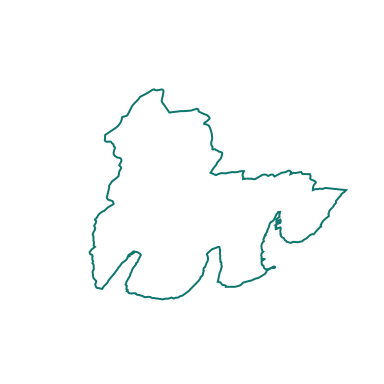 outline of Fjallabyggð, Norðurland eystra, Iceland, rotated 148°
{"feature_id": "244011B2207988314752", "entity_name": "Fjallabyggð", "entity_type": "district", "adm_level": 2, "iso_a3": "ISL", "parent_name": "Iceland", "parent_adm1": "Norðurland eystra", "projection": "robinson", "projection_center": [-18.797, 66.047], "detail": "fine", "context": "isolated", "style": "outline", "palette": "teal", "viewbox_px": 384, "rotation_deg": 148, "n_neighbors": 0, "source": "geoboundaries", "source_scale": "gbopen_adm2", "svg_char_len": 6062}
<svg xmlns="http://www.w3.org/2000/svg" viewBox="0 0 384 384"><g transform="rotate(148 192 192)"><path d="M169.6,299.1L171.3,299.6L176.9,299.5L185.6,300.2L188.8,298.9L194.4,297.6L196.9,296.8L206.3,291.2L211.7,292.5L213.2,290.7L215.0,289.3L216.7,288.3L219.1,287.4L222.1,286.8L235.4,286.4L238.7,281.8L237.9,280.0L237.4,279.5L234.9,278.3L234.2,277.6L234.0,275.9L233.4,274.2L234.1,272.0L233.7,270.7L233.9,270.3L237.5,267.1L238.3,265.5L238.3,264.2L238.2,263.3L237.2,261.1L234.9,258.7L234.7,257.4L234.9,256.4L235.4,255.7L239.6,253.2L239.1,251.0L239.2,250.2L239.8,249.5L242.6,248.1L245.9,244.4L248.9,243.8L253.7,243.5L258.9,241.3L260.0,239.5L267.3,232.3L267.3,230.1L264.4,226.7L264.2,226.0L264.5,224.0L265.0,223.3L271.4,223.5L276.4,222.5L278.7,222.9L281.9,222.6L283.8,222.0L286.7,220.5L288.2,220.4L289.0,219.7L288.7,218.7L288.7,218.0L289.8,216.9L292.9,215.2L293.2,212.6L294.5,211.4L297.0,210.0L298.9,208.4L299.1,206.4L301.2,203.3L301.9,201.1L303.8,198.6L303.3,196.9L307.3,196.5L310.6,195.3L311.0,194.8L311.2,193.1L310.1,191.9L310.0,191.5L310.4,190.0L311.1,189.6L312.3,187.5L312.6,185.6L314.1,184.5L314.0,183.3L314.2,182.0L315.7,179.4L316.4,178.3L317.8,177.7L318.7,176.9L321.1,171.6L321.0,170.0L320.4,167.5L320.7,166.7L323.1,164.8L323.4,164.1L323.7,161.7L323.4,161.1L319.4,157.4L319.2,157.5L317.0,158.7L312.2,159.7L309.8,161.2L301.3,164.0L295.4,166.3L294.1,167.1L292.8,167.3L289.1,168.8L284.0,169.3L282.2,169.9L281.3,170.9L277.8,170.7L279.1,171.1L278.3,171.5L278.6,171.6L279.3,171.2L280.3,171.4L279.2,172.2L277.8,172.2L278.1,171.9L277.6,172.2L276.0,172.2L276.1,171.7L275.8,172.2L274.1,172.2L274.1,172.5L273.3,172.5L273.4,171.6L273.7,171.4L276.2,171.4L277.1,171.2L276.6,171.2L277.1,170.8L276.4,171.2L273.5,171.2L273.0,172.5L272.7,172.4L272.8,171.9L272.0,171.5L270.3,170.1L268.7,166.9L268.8,165.6L274.3,162.4L275.3,161.4L277.2,161.2L277.7,160.4L283.0,158.4L286.3,155.9L287.7,155.3L287.8,154.9L288.7,154.0L295.3,150.5L296.3,149.4L297.3,148.8L297.4,148.3L297.0,147.7L297.0,146.9L297.8,146.3L298.3,145.3L299.1,144.4L298.9,143.8L299.3,143.2L299.0,143.0L299.5,142.7L299.0,142.4L299.5,141.9L299.2,141.5L299.2,140.0L297.5,138.2L295.1,137.1L293.5,135.9L293.4,135.7L293.7,135.5L293.2,134.2L291.3,132.5L288.9,129.8L287.8,127.7L284.6,126.3L283.0,125.0L281.9,123.1L279.8,121.8L279.3,121.0L277.3,119.7L276.2,118.5L275.1,117.8L274.3,116.7L270.8,115.5L268.9,114.2L265.4,113.4L263.9,111.3L262.4,111.2L259.8,109.9L257.6,109.9L254.8,109.2L247.8,109.7L233.4,113.2L230.7,114.3L229.8,115.3L228.1,115.5L226.6,116.1L225.5,117.6L223.7,118.9L223.9,119.4L222.8,120.9L221.4,121.6L220.6,121.4L217.4,124.0L215.2,125.3L214.1,126.4L213.3,127.8L212.7,129.5L212.4,131.3L212.0,131.7L205.3,132.8L198.7,131.5L198.0,130.9L198.8,128.2L200.0,126.2L201.0,125.1L202.0,122.6L203.3,120.9L203.9,119.3L204.9,117.7L204.4,117.0L204.9,115.8L205.8,114.7L206.1,113.1L210.1,109.6L211.5,108.7L216.6,103.3L217.0,102.5L217.7,102.2L215.7,100.2L215.7,97.8L215.3,97.2L215.3,96.8L213.7,95.7L213.0,94.2L213.5,93.6L213.3,93.5L205.8,88.8L201.8,87.5L200.0,87.3L196.6,88.1L188.4,85.5L183.6,84.8L181.6,84.0L173.8,83.8L171.6,84.6L170.6,85.5L167.9,85.8L164.6,85.3L162.4,83.9L161.4,84.1L161.3,84.6L162.0,85.4L168.1,86.1L170.3,87.3L170.7,88.0L171.1,89.4L170.6,91.1L170.8,92.5L171.3,93.3L170.0,96.0L168.6,96.6L167.8,96.6L168.8,97.3L168.2,97.8L167.3,97.7L168.4,98.6L167.2,100.1L167.0,101.5L165.4,103.2L163.2,103.7L163.6,104.4L163.5,105.1L163.0,106.2L163.0,106.9L161.9,109.2L160.2,111.1L158.5,111.9L157.3,112.0L156.5,114.0L154.1,115.8L152.8,116.2L153.0,116.4L153.0,116.8L149.2,118.5L149.1,119.1L145.9,121.2L142.6,124.1L140.6,124.7L139.0,124.5L137.2,125.1L131.7,128.6L129.8,128.9L129.5,129.3L127.9,128.5L130.1,126.2L131.1,124.5L134.6,124.2L135.1,123.9L135.0,123.5L136.0,122.3L133.3,121.9L133.4,121.3L133.2,121.9L131.9,121.8L132.3,120.9L132.9,121.1L132.9,120.7L132.5,120.6L133.1,120.7L132.3,120.5L133.0,119.6L133.5,119.5L133.2,119.3L133.5,119.1L134.3,119.2L134.0,119.6L135.3,119.7L135.1,120.1L135.4,120.2L135.5,119.8L136.2,120.2L137.0,120.3L138.0,120.0L137.4,119.8L139.1,118.0L139.8,118.0L140.2,117.4L139.6,117.9L139.0,117.9L139.1,117.4L139.5,117.3L139.5,116.3L139.2,116.3L140.3,116.1L141.5,116.5L140.3,116.0L138.2,115.6L137.6,115.7L135.8,115.1L135.8,114.7L136.1,114.1L138.1,111.7L138.7,110.0L139.4,109.4L139.2,108.9L140.0,107.6L139.4,105.4L138.6,104.3L138.8,102.0L138.3,101.3L138.1,99.6L135.2,96.5L132.7,96.2L129.2,93.5L124.6,91.8L122.7,92.2L119.6,92.0L114.6,92.9L112.6,92.6L111.2,91.7L108.2,92.7L101.7,94.4L100.8,94.2L100.4,95.8L99.5,96.0L99.2,96.5L96.3,97.9L92.4,98.7L88.8,99.0L88.7,99.4L88.2,99.9L88.0,101.1L86.0,102.6L85.8,103.0L83.7,103.8L80.0,104.7L78.3,105.8L76.0,106.3L74.5,108.2L67.7,110.2L66.0,111.2L62.7,111.3L60.3,111.9L76.8,124.8L79.7,125.4L81.8,127.1L83.4,127.6L86.0,129.1L88.5,129.6L86.9,131.8L85.9,132.6L84.8,133.4L82.2,134.2L81.7,135.0L82.1,136.2L84.7,140.0L84.7,140.8L83.0,142.7L82.6,144.7L88.7,148.6L88.9,148.9L88.7,150.9L88.9,151.2L94.3,153.3L95.6,154.4L99.1,154.9L97.4,156.5L97.6,157.5L98.1,158.5L99.0,159.0L102.3,159.3L105.6,160.8L113.8,161.4L114.0,163.5L114.9,164.4L116.1,165.0L118.8,165.2L120.4,167.9L122.2,168.9L123.2,169.2L131.7,169.5L132.6,169.9L133.8,171.2L138.5,174.4L141.9,175.9L140.7,177.3L140.4,179.4L138.3,181.4L136.8,182.1L136.9,182.3L140.5,184.2L142.6,184.7L144.7,185.7L147.2,187.5L151.3,189.2L153.4,189.8L157.0,192.4L158.8,193.0L162.8,193.7L166.1,198.5L161.3,200.8L156.8,202.3L155.0,203.6L150.3,205.0L148.7,205.9L146.0,208.5L145.8,209.0L145.8,209.7L146.7,211.0L147.8,211.9L148.1,213.1L149.3,214.7L149.9,216.2L151.8,217.0L152.0,217.4L150.8,219.3L150.7,221.7L149.5,223.8L146.9,226.1L146.2,227.2L144.3,231.1L143.4,234.1L142.7,237.1L142.6,238.7L142.9,240.1L144.2,242.0L145.6,243.0L145.4,243.6L144.7,244.1L141.2,244.2L138.5,244.8L137.9,245.3L137.8,247.0L138.5,249.1L139.2,250.2L140.3,251.4L143.5,256.4L143.6,257.2L143.0,258.1L143.0,258.8L143.1,259.3L143.7,260.0L149.5,261.5L155.9,264.8L158.8,266.6L169.1,271.4L169.5,281.4L169.8,282.3L169.6,284.9L169.3,285.5L164.3,290.7L162.6,292.8L162.5,293.7L162.9,294.7L163.4,295.1L168.0,296.8L169.4,298.3L169.6,299.1Z" fill="none" stroke="#0f766e" stroke-width="2"/></g></svg>